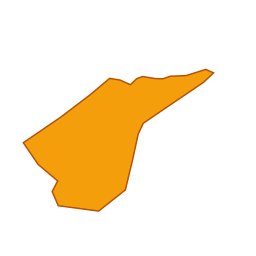 map outline of Amolatar (Albers equal-area conic projection), rotated 145°
{"feature_id": "UGA-3070", "entity_name": "Amolatar", "entity_type": "County", "adm_level": 1, "iso_a3": "UGA", "parent_name": "Uganda", "parent_adm1": "", "projection": "albers", "projection_center": [32.647, 1.635], "detail": "fine", "context": "isolated", "style": "filled", "palette": "amber", "viewbox_px": 256, "rotation_deg": 145, "n_neighbors": 0, "source": "natural_earth", "source_scale": "10m", "svg_char_len": 469}
<svg xmlns="http://www.w3.org/2000/svg" viewBox="0 0 256 256"><g transform="rotate(145 128 128)"><path d="M199.7,76.8L229.7,104.3L226.6,119.4L216.0,125.0L222.5,149.6L222.2,176.0L177.0,175.5L140.4,176.9L114.6,179.2L106.9,171.7L101.2,162.1L92.6,163.4L86.5,161.8L77.4,152.9L71.0,148.2L63.8,146.2L50.3,137.6L30.7,131.4L26.3,124.1L39.8,122.1L92.0,122.9L112.8,123.1L123.1,117.2L142.6,99.2L165.7,78.8L199.7,76.8Z" fill="#f59e0b" stroke="#b45309" stroke-width="1.5"/></g></svg>